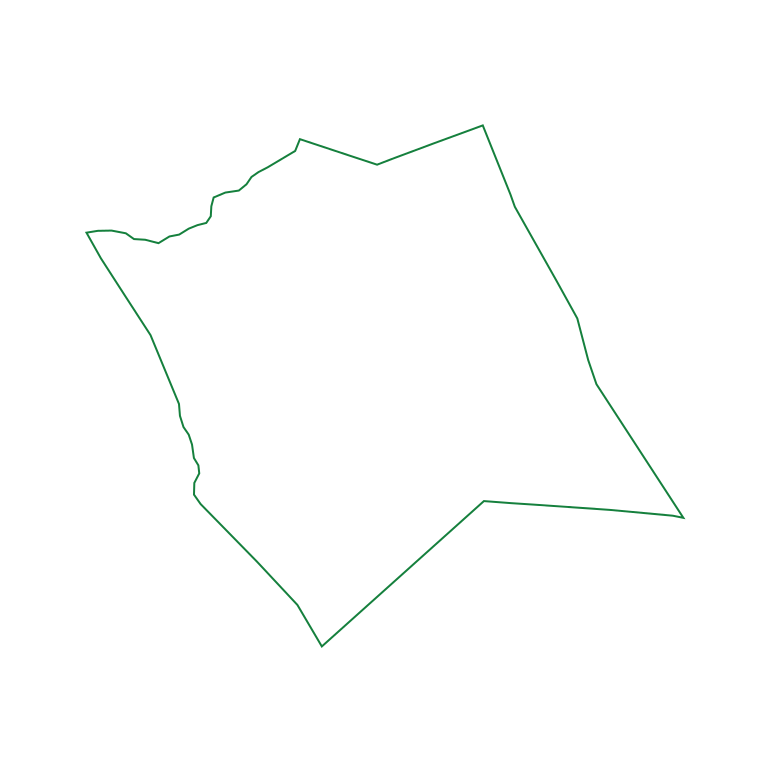 Ribeirópolis, Sergipe, Brazil (Mercator projection), rotated 186°
{"feature_id": "56859067B98890234621951", "entity_name": "Ribeirópolis", "entity_type": "district", "adm_level": 2, "iso_a3": "BRA", "parent_name": "Brazil", "parent_adm1": "Sergipe", "projection": "mercator", "projection_center": [-37.4, -10.498], "detail": "fine", "context": "isolated", "style": "outline", "palette": "green", "viewbox_px": 768, "rotation_deg": 186, "n_neighbors": 0, "source": "geoboundaries", "source_scale": "gbopen_adm2", "svg_char_len": 860}
<svg xmlns="http://www.w3.org/2000/svg" viewBox="0 0 768 768"><g transform="rotate(186 384 384)"><path d="M272.4,573.9L278.1,585.8L312.8,651.5L360.7,628.0L399.5,608.7L413.8,601.4L442.0,607.5L493.2,618.7L496.7,606.5L522.4,587.3L530.9,581.7L537.4,576.1L541.6,568.3L548.6,561.2L561.8,557.8L572.9,551.7L574.3,542.7L573.8,532.7L577.6,525.6L586.1,522.5L594.4,518.1L603.3,511.2L612.8,508.3L623.0,500.5L636.6,502.5L647.8,502.0L656.5,506.9L671.0,508.1L684.7,506.4L695.7,503.4L678.7,479.4L650.8,444.7L621.3,408.2L585.8,342.7L583.6,331.0L578.9,320.2L572.9,313.2L568.6,303.7L565.3,290.5L560.1,283.7L558.4,275.8L562.3,265.8L561.4,254.1L553.8,245.4L491.6,193.9L447.0,155.2L418.4,116.5L272.4,278.0L245.1,278.8L222.4,279.7L146.2,282.4L83.0,283.2L72.3,282.2L172.7,406.0L183.4,429.1L198.6,469.4L222.9,504.2L272.4,573.9Z" fill="none" stroke="#15803d" stroke-width="2"/></g></svg>